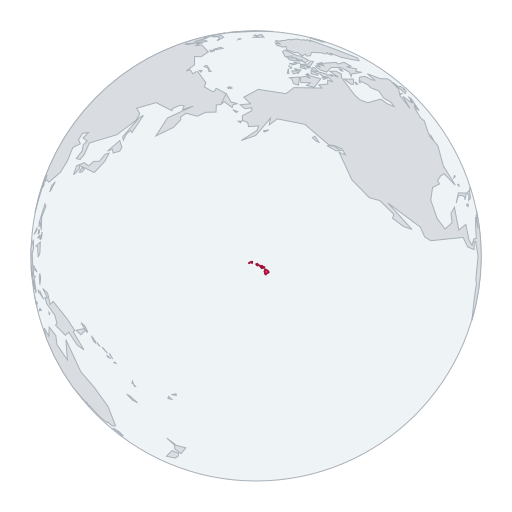 the Earth from above Hawaii
{"feature_id": "USA-3517", "entity_name": "Hawaii", "entity_type": "State", "adm_level": 1, "iso_a3": "USA", "parent_name": "United States of America", "parent_adm1": "", "projection": "orthographic", "projection_center": [-158.302, 23.654], "detail": "fine", "context": "on_globe", "style": "filled", "palette": "rose", "viewbox_px": 512, "rotation_deg": 0, "n_neighbors": 0, "source": "natural_earth", "source_scale": "10m", "svg_char_len": 12989}
<svg xmlns="http://www.w3.org/2000/svg" viewBox="0 0 512 512"><circle cx="256" cy="256" r="225" fill="#eef3f6" stroke="#a8b0b8"/><path d="M176.0,393.8L176.4,395.2L176.2,395.3L176.0,393.8ZM471.9,320.4L472.0,319.9L474.3,298.2L476.5,283.5L475.8,279.6L478.1,256.0L475.6,241.5L474.3,241.4L474.1,249.6L467.8,247.0L463.1,237.4L430.8,240.7L424.7,237.0L420.3,227.1L387.9,203.0L412.0,229.4L403.5,226.5L392.6,218.3L393.8,214.3L379.9,200.6L369.3,197.7L351.8,179.7L339.2,152.4L345.5,154.8L341.7,148.6L333.5,145.4L329.0,145.0L304.8,124.3L277.3,118.9L269.2,124.9L270.5,118.1L255.7,135.5L241.2,140.5L257.2,130.3L258.6,125.9L248.5,126.6L247.7,122.4L242.4,120.5L242.4,115.6L251.7,110.8L251.9,107.8L244.7,108.6L240.2,104.7L250.6,103.8L243.8,97.2L258.2,89.4L286.1,93.7L293.8,87.6L321.8,88.1L318.9,84.9L327.7,84.0L327.7,80.1L332.9,81.9L328.4,77.4L323.6,76.5L320.1,74.4L319.6,72.2L326.2,73.9L327.3,75.3L329.0,74.7L332.5,76.6L330.5,74.4L338.5,77.2L330.0,71.4L335.9,71.1L341.3,73.9L341.5,77.5L354.5,94.9L360.1,99.9L367.8,102.7L380.9,99.1L386.8,103.5L394.2,106.6L390.7,102.0L383.7,98.1L378.9,91.0L370.8,87.8L367.7,84.7L359.1,80.4L359.7,77.1L365.0,76.4L372.2,80.0L374.7,80.1L367.3,73.8L380.1,78.6L387.5,78.9L390.9,81.0L398.6,89.1L400.0,95.5L410.0,108.5L402.9,96.4L411.5,102.8L412.6,102.6L411.7,100.4L408.2,96.7L411.0,98.5L419.1,110.5L416.7,109.0L414.1,105.0L414.9,108.4L420.4,117.7L424.3,120.9L428.5,133.5L431.3,136.1L433.8,140.8L429.0,135.5L437.8,145.5L443.3,165.8L455.3,185.2L444.2,173.8L440.7,175.8L437.5,180.7L439.5,183.9L432.5,187.6L430.8,200.1L437.1,218.4L445.0,229.0L452.1,222.8L451.0,213.6L454.4,207.2L458.8,230.1L465.8,224.4L469.0,240.0L472.0,245.2L473.8,239.0L476.3,238.3L475.6,226.5L475.6,216.9L478.1,228.7L476.1,215.1L477.5,218.0L476.6,210.4L479.3,226.1L480.8,241.9L481.3,257.8L480.6,273.6L478.8,289.4L475.9,305.1L471.9,320.4ZM265.7,274.5L265.0,269.2L268.9,272.1L265.7,274.5ZM262.2,266.3L262.9,268.1L261.8,266.7L262.2,266.3ZM259.9,265.6L261.5,266.1L259.6,266.0L259.9,265.6ZM256.6,265.2L258.4,265.2L258.2,265.4L256.6,265.2ZM458.4,192.8L466.2,193.1L465.0,199.9L464.7,197.0L462.0,195.2L458.2,196.0L456.2,203.1L458.4,192.8ZM251.8,262.9L250.5,262.2L252.1,261.6L251.8,262.9ZM454.7,177.0L453.6,177.9L454.2,176.2L454.7,177.0ZM327.1,145.7L333.4,145.9L341.2,150.6L336.0,150.8L327.1,145.7ZM312.3,137.7L315.0,136.2L319.0,142.3L316.2,141.2L312.3,137.7ZM263.7,130.6L269.0,130.0L264.1,132.1L263.7,130.6ZM241.7,121.2L240.4,122.8L238.2,121.2L241.7,121.2ZM359.4,82.6L359.3,81.6L360.9,82.9L359.4,82.6ZM355.7,82.0L357.7,84.3L356.3,84.3L355.1,82.9L355.7,82.0ZM236.1,112.5L232.9,109.7L237.7,111.6L236.1,112.5ZM353.6,79.1L353.5,84.2L351.0,84.3L344.2,79.1L353.6,79.1ZM232.1,107.6L224.2,101.6L220.8,104.5L226.1,93.5L231.0,101.9L237.6,103.6L233.0,104.7L232.1,107.6ZM322.3,77.2L327.4,78.0L323.6,79.5L322.3,77.2ZM320.8,78.7L314.3,87.3L306.6,85.5L310.3,82.8L300.8,82.5L300.2,77.3L305.3,76.3L310.4,78.4L306.3,74.9L320.8,78.7ZM230.3,88.7L229.8,86.8L232.1,88.0L230.3,88.7ZM318.3,73.7L317.7,75.4L311.0,73.8L311.1,70.2L313.2,71.8L318.3,73.7ZM298.5,85.2L293.5,83.6L291.7,78.9L289.6,77.8L299.5,77.0L298.5,85.2ZM314.5,71.1L311.3,68.4L314.0,67.3L318.5,71.9L314.5,71.1ZM309.3,75.1L306.1,74.3L307.9,73.5L309.3,75.1ZM321.9,62.5L321.3,64.2L317.7,63.5L321.9,62.5ZM309.9,67.5L308.9,68.0L307.5,68.0L306.0,66.1L309.9,67.5ZM297.6,74.0L297.9,72.5L293.4,74.0L291.9,70.8L298.8,71.0L295.2,69.7L294.7,68.7L300.9,70.0L297.6,74.0ZM300.0,64.4L308.3,64.1L310.2,61.0L313.4,61.5L309.8,66.5L300.0,64.4ZM300.0,67.5L300.7,65.6L304.3,66.9L306.0,69.1L300.0,67.5ZM288.3,68.8L288.9,73.5L287.3,73.3L288.3,68.8ZM299.9,63.1L297.9,63.3L299.6,62.7L299.9,63.1ZM291.1,66.6L291.5,68.2L289.7,68.0L291.1,66.6ZM293.5,62.3L296.2,62.2L297.5,63.5L293.5,62.3ZM291.8,64.1L289.3,63.4L296.3,64.1L292.3,64.8L291.8,64.1ZM289.3,66.1L288.4,66.5L289.4,65.5L289.3,66.1ZM287.3,57.7L295.8,58.2L298.5,61.1L289.9,60.0L287.3,57.7ZM273.3,31.4L259.4,31.2L247.8,31.7L227.4,32.7L229.7,32.3L238.2,31.4L235.7,31.6L254.5,30.7L273.3,31.4ZM225.7,32.8L224.7,33.0L221.4,33.5L225.5,33.2L221.3,33.9L218.8,34.0L212.9,35.9L204.4,38.0L204.6,38.3L207.3,38.0L194.7,41.5L195.5,41.6L199.9,40.4L204.2,40.1L207.0,41.1L202.5,42.2L200.9,41.9L190.7,43.6L187.1,43.5L185.5,44.1L187.6,44.6L200.0,42.4L202.9,42.8L196.6,43.8L199.2,43.4L199.2,44.0L195.0,45.8L201.7,44.8L208.4,51.9L201.0,56.8L194.6,56.5L194.5,64.8L186.2,71.1L190.2,69.8L192.9,73.9L195.6,71.9L197.8,71.7L205.9,82.8L204.3,86.8L212.5,91.6L214.6,91.1L216.2,88.3L226.1,93.5L220.8,104.5L216.3,104.9L216.0,112.1L205.8,112.3L197.2,116.2L186.1,113.2L180.3,117.2L180.9,119.6L173.4,127.4L155.9,135.9L167.5,117.9L193.2,106.1L182.5,109.6L184.2,105.8L179.9,105.3L172.4,108.5L172.0,110.7L156.1,102.6L136.6,108.3L139.8,113.6L136.1,120.3L116.8,134.7L89.4,143.0L84.2,154.5L80.1,159.5L76.3,158.5L82.1,151.0L83.3,144.7L87.2,141.0L83.0,137.9L88.4,132.6L82.5,133.3L78.6,139.5L80.3,143.8L72.8,147.5L67.3,161.2L60.5,172.2L48.9,182.2L46.3,179.4L44.8,182.4L47.0,175.0L45.1,177.6L37.1,204.5L35.6,210.4L34.9,212.6L38.7,196.6L43.6,180.9L49.7,165.6L56.8,150.8L65.0,136.5L74.3,122.9L84.5,110.0L95.6,97.8L107.5,86.6L120.3,76.2L133.8,66.7L147.9,58.3L162.7,51.0L177.9,44.7L193.5,39.6L209.5,35.6L225.7,32.8ZM466.5,205.4L467.4,203.7L468.4,204.4L468.0,206.6L466.5,205.4ZM469.6,188.7L469.7,187.4L470.3,190.7L469.6,188.7ZM467.0,192.9L469.5,190.2L470.4,198.3L468.6,200.3L468.9,196.0L467.0,192.9ZM457.7,184.6L458.6,184.2L459.4,186.7L457.7,184.6ZM455.1,175.9L455.1,176.5L453.9,175.5L455.1,175.9ZM411.0,102.1L410.4,101.2L410.3,99.6L411.9,101.7L411.0,102.1ZM400.5,86.4L405.2,89.6L402.9,88.5L406.1,91.6L405.2,93.5L392.6,82.1L398.5,86.7L400.5,86.4ZM400.6,93.8L402.5,93.3L400.9,94.4L400.6,93.8ZM323.0,41.6L322.9,42.1L309.2,37.7L310.8,37.8L321.1,40.6L325.3,42.3L323.0,41.6ZM341.8,69.6L342.7,71.2L340.8,70.6L338.6,68.7L341.8,69.6ZM321.9,63.4L336.0,62.4L337.8,64.0L344.0,62.3L350.9,66.1L346.7,66.9L356.7,68.9L355.7,71.3L361.9,72.3L351.7,73.9L351.2,76.5L349.1,72.0L342.7,68.3L339.8,67.5L331.1,67.6L326.8,72.1L319.8,69.8L315.9,66.9L315.9,65.4L320.5,67.3L317.2,64.0L323.8,65.7L321.9,63.4ZM275.3,42.9L280.6,44.3L275.0,40.7L281.6,41.2L280.5,40.7L285.1,40.4L288.7,39.4L291.8,40.0L291.9,39.4L294.9,39.4L296.1,38.9L302.0,40.1L303.9,39.6L305.6,40.5L307.3,39.6L308.7,40.8L312.7,41.4L309.2,39.9L338.2,50.4L349.3,54.8L357.8,58.1L359.1,60.7L351.9,59.6L340.6,57.1L329.8,52.9L332.3,55.2L327.8,53.9L327.7,52.7L325.2,54.0L321.5,52.8L311.5,52.4L310.3,55.8L306.6,56.0L305.2,54.1L302.5,55.8L297.4,52.4L294.7,52.6L286.9,49.9L285.9,46.5L282.9,47.1L276.9,45.4L275.3,42.9ZM285.2,56.7L282.5,51.9L284.7,50.0L297.3,55.7L300.5,56.0L308.6,60.2L305.1,63.0L303.1,61.5L300.4,60.7L302.6,60.1L298.8,60.0L295.9,58.0L292.1,57.5L292.3,56.0L285.2,56.7ZM260.1,34.5L262.8,35.1L261.9,35.3L263.9,37.1L259.2,37.2L256.1,36.2L260.1,34.5ZM255.3,34.9L256.7,35.6L253.5,35.3L255.3,34.9ZM255.9,37.4L252.1,37.2L258.9,37.4L255.9,37.4ZM35.6,301.5L36.9,305.8L37.0,306.6L35.6,301.5ZM34.2,294.7L35.2,298.8L34.4,296.2L34.2,294.7ZM35.7,300.4L36.8,302.4L37.2,302.4L37.4,304.2L35.7,300.4ZM33.5,291.2L33.7,292.3L33.6,291.7L33.5,291.2ZM30.9,247.9L30.8,248.5L33.4,239.6L33.6,248.3L32.2,253.2L32.6,264.2L31.6,269.0L31.9,277.4L31.3,271.6L30.9,247.9ZM36.7,230.6L34.1,234.5L37.2,227.4L36.7,230.6ZM39.9,222.6L38.9,227.1L39.4,221.1L39.9,222.6ZM42.6,187.9L42.7,185.9L43.8,183.0L44.4,183.8L42.6,187.9ZM55.3,181.7L51.1,189.8L49.7,192.0L51.7,185.6L55.3,181.7ZM217.1,40.8L219.5,37.8L218.1,36.6L212.5,37.0L221.5,35.5L223.6,37.3L217.1,40.8ZM209.9,50.2L214.9,50.4L212.2,51.7L210.6,51.8L209.9,50.2ZM213.4,49.4L220.6,47.3L223.0,48.3L216.8,49.7L213.4,49.4ZM237.9,39.7L238.9,38.7L241.5,38.8L237.9,39.7ZM172.0,450.6L178.5,453.3L178.2,456.2L175.1,458.1L166.5,456.2L172.0,450.6ZM121.2,435.1L112.8,427.9L119.2,431.8L123.5,436.2L121.2,435.1ZM174.7,448.9L174.7,445.3L166.8,438.1L176.3,445.3L185.8,447.9L181.0,453.7L174.7,448.9ZM46.6,339.0L44.1,327.9L48.9,336.2L49.2,327.1L55.8,335.5L56.9,344.6L67.4,359.9L65.9,339.7L80.8,371.7L94.2,387.3L108.0,406.4L115.6,425.9L112.0,425.8L107.5,421.9L107.0,422.6L100.7,417.6L89.6,405.8L89.5,406.5L86.2,401.5L87.6,404.5L80.8,396.5L75.1,389.7L73.7,388.4L63.3,372.7L54.2,356.2L46.6,339.0ZM126.7,394.1L129.9,396.0L137.6,402.8L132.3,400.0L126.7,394.1ZM168.5,396.4L171.9,399.3L167.9,398.6L168.5,396.4ZM176.2,395.3L171.3,394.7L176.0,393.8L176.2,395.3ZM133.3,384.2L135.6,386.5L134.7,386.6L133.3,384.2ZM131.9,383.1L132.4,381.1L133.4,383.7L131.9,383.1ZM113.8,362.7L114.9,362.0L115.9,363.5L113.8,362.7ZM39.0,310.8L40.0,308.3L41.4,310.2L39.0,310.8ZM110.8,358.7L107.2,356.7L107.2,355.4L110.8,358.7ZM110.3,355.5L109.4,353.2L112.8,359.1L110.3,355.5ZM102.6,347.5L107.6,353.3L102.3,347.7L102.6,347.5ZM100.3,346.7L97.2,343.5L97.3,343.0L100.3,346.7ZM73.3,332.0L83.9,349.8L77.1,344.9L68.8,332.3L65.3,335.3L55.6,325.3L56.9,323.0L54.8,315.2L46.6,303.5L45.0,297.5L47.3,297.8L42.8,288.5L47.6,293.1L50.2,304.5L53.2,301.4L59.7,309.6L67.2,318.9L74.7,330.6L73.3,332.0ZM48.9,312.3L49.9,313.5L49.4,315.1L48.9,312.3ZM91.4,335.7L95.9,342.2L95.6,343.1L93.6,341.3L91.4,335.7ZM76.1,330.3L83.5,328.7L85.5,330.2L80.9,334.7L76.1,330.3ZM81.0,322.6L85.1,326.3L87.6,331.8L86.9,332.4L81.0,322.6ZM39.0,291.1L39.1,293.3L38.0,289.7L39.0,291.1ZM40.2,291.8L43.7,299.4L40.0,293.4L40.2,291.8ZM33.2,268.5L33.7,275.6L35.4,276.5L34.1,278.2L36.0,290.8L35.9,293.3L33.9,280.0L34.4,289.5L33.7,287.4L32.7,277.2L33.0,268.2L33.7,265.7L37.1,272.0L33.2,268.5ZM39.9,284.8L39.2,276.8L39.9,273.4L40.6,278.3L39.9,284.8ZM38.2,257.2L37.6,246.4L36.0,246.1L40.3,242.1L39.9,253.1L38.2,257.2ZM39.4,238.1L37.8,237.7L40.2,234.8L39.4,238.1ZM38.0,234.5L39.0,229.1L39.7,232.1L38.0,234.5ZM40.0,239.9L42.2,231.9L41.5,238.1L40.0,239.9ZM41.7,217.0L41.2,230.1L39.9,220.2L45.0,203.9L45.9,206.3L41.7,217.0ZM79.4,172.2L82.0,167.5L84.3,169.3L81.9,172.0L79.4,172.2ZM94.2,172.6L85.8,168.4L79.5,165.7L79.1,169.4L73.5,174.8L76.6,165.7L84.5,162.7L88.5,166.0L93.6,161.4L99.3,161.4L105.2,154.2L109.1,153.2L105.1,160.9L94.2,172.6ZM107.5,151.1L119.8,140.6L121.9,147.4L119.7,151.2L113.2,153.0L112.4,149.3L107.5,151.1ZM123.3,140.2L122.7,136.7L139.4,117.5L143.4,115.4L131.9,132.6L130.7,130.3L126.3,134.1L123.3,140.2ZM227.5,87.7L229.6,86.9L228.7,88.7L227.5,87.7ZM199.2,70.5L202.0,70.5L200.8,72.2L199.2,70.5ZM209.0,71.6L208.4,69.6L211.0,71.3L209.0,71.6ZM206.8,65.4L209.1,68.6L204.2,66.3L206.8,65.4Z" fill="#d9dde1" stroke="#a8b0b8" stroke-width="1"/><path d="M268.6,271.9L268.8,272.0L268.7,272.5L268.3,272.8L268.2,272.9L267.9,273.0L267.5,273.2L267.3,273.1L267.2,273.1L267.0,273.3L266.9,273.4L266.6,273.5L266.4,273.6L266.2,273.8L266.2,274.0L266.0,274.4L265.9,274.4L265.8,274.6L265.7,274.5L265.7,274.4L265.2,274.1L265.0,273.9L264.9,273.9L264.8,273.7L265.0,272.9L264.9,272.7L264.8,272.3L264.7,272.3L264.7,272.2L264.6,271.9L264.5,271.7L264.4,271.6L264.3,271.3L264.3,271.2L264.5,271.0L264.6,270.9L264.8,270.8L264.9,270.7L265.0,270.5L265.1,270.4L265.1,270.2L264.9,269.9L264.9,269.7L264.9,269.4L265.0,269.2L265.5,269.3L265.6,269.5L265.8,269.6L266.0,269.8L266.6,269.9L267.0,270.1L267.6,270.4L267.8,270.6L267.9,270.8L267.9,271.1L267.9,271.3L268.0,271.3L268.1,271.2L268.3,271.3L268.3,271.5L268.6,271.9ZM264.5,267.1L264.5,267.3L264.5,267.5L264.4,267.6L264.2,267.7L264.0,267.8L263.8,267.8L263.7,267.8L263.4,268.0L263.2,268.0L262.9,267.9L262.8,267.7L262.8,267.4L262.8,267.2L262.7,267.2L262.5,267.3L262.4,267.2L262.2,267.1L261.9,266.9L261.9,266.7L262.0,266.4L262.3,266.3L262.5,266.4L262.5,266.5L262.7,266.8L262.8,266.7L263.1,266.7L263.4,266.6L263.5,266.6L263.7,266.8L263.8,266.8L264.0,266.9L264.0,267.0L264.3,267.1L264.5,267.1ZM258.2,265.0L258.4,265.2L258.2,265.4L257.9,265.4L257.7,265.3L257.5,265.2L257.4,265.2L257.5,265.2L257.3,265.2L257.2,265.2L257.3,265.0L257.3,264.9L257.2,264.9L257.2,265.0L257.1,264.9L257.2,265.0L257.0,264.9L257.1,265.0L256.9,265.3L256.7,265.2L256.5,264.9L256.4,264.7L256.3,264.3L256.2,264.3L256.1,264.2L256.4,264.1L256.6,264.1L256.8,264.0L256.9,263.9L257.0,263.7L257.3,263.7L257.3,263.8L257.4,264.0L257.5,264.1L257.7,264.3L257.7,264.6L257.8,264.6L257.9,264.8L258.0,264.7L257.9,264.7L258.0,264.6L258.1,264.8L258.2,265.0L258.2,265.0ZM252.4,261.9L252.4,262.1L252.3,262.3L252.2,262.3L252.2,262.5L252.2,262.8L251.9,262.9L251.9,263.0L251.7,262.9L251.3,262.9L251.2,262.9L251.1,262.7L250.9,262.6L250.7,262.6L250.6,262.4L250.6,262.2L250.8,262.0L250.8,261.9L251.0,261.8L251.1,261.7L251.3,261.7L251.5,261.6L251.8,261.6L252.0,261.6L252.3,261.7L252.3,261.8L252.4,261.9ZM261.7,265.7L261.7,265.8L261.8,265.8L261.7,266.0L261.4,266.2L261.1,266.2L260.7,266.1L260.1,266.1L259.9,266.1L259.7,266.0L259.7,265.9L259.8,265.8L259.9,265.7L260.0,265.6L260.7,265.7L260.8,265.7L261.0,265.7L261.1,265.8L261.3,265.7L261.5,265.7L261.7,265.7ZM261.3,266.9L261.5,267.0L261.4,267.3L261.2,267.4L260.9,267.5L260.8,267.4L260.8,267.1L260.7,267.0L260.6,266.9L260.7,266.7L260.8,266.7L261.2,266.7L261.3,266.9ZM249.4,262.5L249.5,262.4L249.6,262.5L249.5,262.8L249.4,262.9L249.3,263.0L249.2,263.0L249.1,263.3L248.9,263.3L248.9,263.1L248.9,262.9L249.1,262.8L249.2,262.7L249.4,262.6L249.4,262.5ZM262.4,268.0L262.5,268.1L262.4,268.2L262.5,268.2L262.5,268.3L262.4,268.3L262.1,268.3L261.9,268.3L261.9,268.2L262.0,268.1L262.3,268.0L262.4,268.0Z" fill="#f43f5e" stroke="#9f1239" stroke-width="1.5"/></svg>